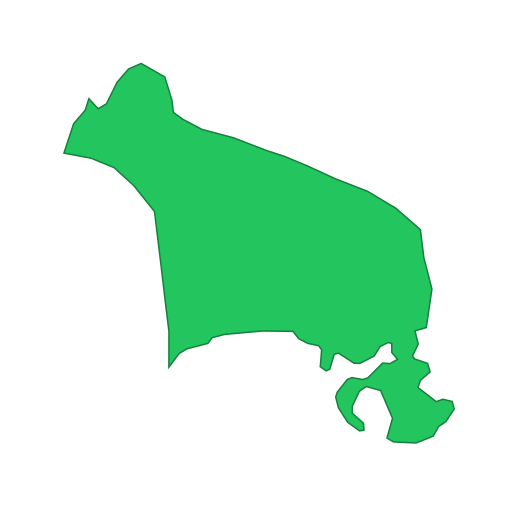 Munchon City, Kangwŏn-do, North Korea, rotated 83°
{"feature_id": "82179303B61369301137013", "entity_name": "Munchon City", "entity_type": "district", "adm_level": 2, "iso_a3": "PRK", "parent_name": "North Korea", "parent_adm1": "Kangwŏn-do", "projection": "equal_earth", "projection_center": [127.347, 39.259], "detail": "fine", "context": "isolated", "style": "filled", "palette": "green", "viewbox_px": 512, "rotation_deg": 83, "n_neighbors": 0, "source": "geoboundaries", "source_scale": "gbopen_adm2", "svg_char_len": 1336}
<svg xmlns="http://www.w3.org/2000/svg" viewBox="0 0 512 512"><g transform="rotate(83 256 256)"><path d="M79.5,402.7L90.5,407.8L102.5,420.9L128.1,433.0L130.5,434.1L138.8,407.9L151.0,386.1L171.3,368.7L199.5,351.3L223.6,351.4L251.8,351.4L287.9,351.6L320.1,351.6L355.7,356.0L343.4,344.1L339.7,335.7L336.9,314.4L331.7,309.4L330.0,297.0L331.2,258.8L335.3,228.5L343.2,223.7L349.0,215.4L352.7,204.7L357.1,202.3L364.9,203.9L373.7,205.7L378.6,200.3L377.3,196.5L363.0,190.3L362.5,185.9L374.3,171.9L375.3,166.0L369.7,150.9L361.0,143.8L358.0,135.5L359.3,131.9L368.3,133.0L375.8,128.1L379.1,136.1L377.7,143.4L390.4,159.6L391.7,164.8L388.4,175.5L389.6,180.4L401.1,192.0L405.7,194.1L416.7,192.7L432.3,185.2L442.2,174.5L442.0,170.0L435.1,169.7L423.8,179.6L416.6,178.6L402.8,169.8L399.0,162.6L404.7,148.7L433.7,140.3L452.7,148.2L457.3,142.1L461.1,120.0L460.0,115.7L456.4,102.0L447.6,95.6L443.5,87.7L432.0,77.9L424.3,79.0L421.0,87.8L422.5,94.9L406.2,111.3L399.5,108.0L392.3,97.3L383.5,98.8L377.5,111.1L374.2,112.8L363.2,105.7L349.7,107.3L347.8,95.7L310.2,85.4L278.0,89.6L249.9,89.6L225.7,111.3L205.4,137.4L189.0,167.9L172.8,194.1L160.5,215.8L152.3,233.3L136.0,263.8L123.7,294.3L111.5,311.8L103.4,320.5L91.3,320.4L67.2,324.7L50.9,346.5L54.8,359.7L66.7,372.8L86.7,385.9L90.6,394.7L79.5,402.7Z" fill="#22c55e" stroke="#15803d" stroke-width="1.5"/></g></svg>